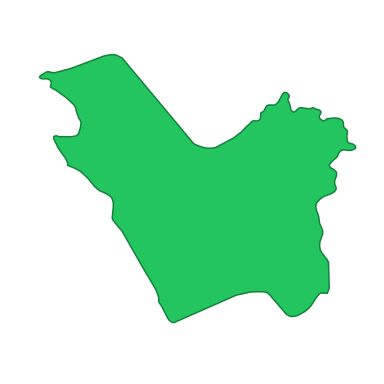 the border of Saïda, rotated 94°
{"feature_id": "DZA-2204", "entity_name": "Saïda", "entity_type": "Province", "adm_level": 1, "iso_a3": "DZA", "parent_name": "Algeria", "parent_adm1": "", "projection": "equal_earth", "projection_center": [-0.019, 34.538], "detail": "fine", "context": "isolated", "style": "filled", "palette": "green", "viewbox_px": 384, "rotation_deg": 94, "n_neighbors": 0, "source": "natural_earth", "source_scale": "10m", "svg_char_len": 3140}
<svg xmlns="http://www.w3.org/2000/svg" viewBox="0 0 384 384"><g transform="rotate(94 192 192)"><path d="M304.4,217.3L299.0,218.0L292.5,220.9L278.5,230.4L277.7,231.2L235.3,259.5L233.7,261.4L225.7,268.8L223.6,269.8L212.0,269.5L208.2,269.8L204.8,270.9L203.2,272.0L202.1,273.0L201.7,273.9L200.2,276.3L198.4,280.5L197.6,283.1L197.1,284.3L195.8,286.5L192.9,290.0L185.7,296.7L180.2,303.4L178.4,306.4L176.4,310.8L174.2,317.8L170.9,318.4L166.7,321.0L157.5,328.5L148.9,333.5L147.8,333.9L146.7,333.8L145.8,333.1L145.5,331.6L145.4,330.8L145.5,330.3L145.7,329.9L146.1,328.2L146.1,326.9L145.7,324.2L145.4,316.7L144.1,311.6L143.1,310.3L141.6,309.2L135.6,307.8L130.8,307.5L129.6,307.8L128.5,308.4L126.8,309.8L120.2,312.8L116.5,313.9L114.6,314.9L113.8,315.5L112.9,316.3L106.7,324.0L99.9,334.9L98.2,338.8L97.6,339.9L96.8,340.5L95.5,340.5L93.9,340.0L92.6,340.1L91.5,340.5L90.0,341.8L89.7,342.4L89.4,343.4L89.3,344.5L89.3,345.5L89.5,347.7L89.6,349.1L89.4,350.4L88.9,351.5L88.2,352.2L87.2,351.8L86.1,350.8L82.7,346.1L82.0,344.1L82.3,341.6L82.7,340.0L82.4,336.7L77.2,321.5L62.5,289.4L61.3,285.4L60.4,280.4L60.7,277.2L63.1,271.1L143.5,193.8L144.2,192.5L145.6,188.5L146.7,184.0L147.2,180.5L147.2,178.9L146.8,174.6L146.5,173.3L145.6,171.0L135.3,154.5L128.9,147.2L122.3,141.7L120.7,139.8L119.8,139.0L118.7,138.4L117.6,137.4L116.7,135.9L116.6,132.9L116.3,131.1L115.6,129.9L114.6,129.2L113.5,128.9L110.8,128.8L109.6,128.9L108.6,128.9L107.9,128.4L107.4,127.5L106.9,126.7L106.5,126.2L105.6,125.7L101.8,124.1L100.7,123.3L100.0,122.1L99.7,120.1L99.6,116.7L99.3,115.4L98.6,114.4L96.8,112.7L95.8,112.0L88.2,108.6L87.0,107.8L86.2,106.4L86.2,105.2L86.7,104.0L87.4,103.0L88.3,102.2L89.3,101.7L90.4,101.7L92.4,102.7L93.3,102.8L97.5,100.7L102.3,99.3L103.5,98.6L104.7,97.5L105.0,96.3L104.8,95.2L104.1,94.2L103.2,93.4L101.2,91.8L100.5,90.4L100.3,88.1L100.8,81.3L100.5,79.5L99.9,78.5L99.5,77.5L99.8,76.1L100.7,74.3L101.0,71.7L101.7,70.2L102.5,69.2L103.6,68.9L104.9,69.2L107.1,70.2L108.3,70.3L109.4,69.8L110.5,68.8L111.7,66.9L111.9,65.4L111.3,64.3L109.6,62.4L109.2,60.8L108.4,56.2L108.2,54.2L108.4,50.8L109.0,49.0L109.7,47.6L110.5,46.8L111.5,46.1L112.6,45.8L115.4,45.5L116.5,45.1L117.4,44.3L118.9,42.4L119.8,41.6L120.9,41.1L122.2,41.1L125.5,41.5L131.2,40.3L131.9,39.4L132.4,38.2L132.6,36.6L133.0,34.8L134.3,32.6L135.8,31.8L136.9,32.0L137.8,32.9L138.4,33.9L139.3,36.3L139.5,37.7L139.6,39.1L139.4,42.3L139.5,43.8L139.8,45.3L140.9,46.7L143.1,48.4L146.0,49.2L147.5,50.2L150.8,53.6L154.7,56.6L156.7,56.7L158.1,55.5L159.9,51.6L162.3,49.2L165.7,49.0L171.1,50.5L174.4,50.1L176.9,48.8L179.1,48.4L181.6,49.8L183.9,52.8L187.2,60.0L189.5,63.2L194.2,67.0L198.0,67.5L201.8,66.5L205.1,64.9L208.2,63.8L214.3,62.5L221.5,58.9L224.7,58.7L232.7,60.9L236.6,61.0L240.9,60.0L244.2,57.8L249.7,52.8L252.6,50.9L278.3,48.4L283.6,50.0L283.7,55.5L283.9,56.2L284.3,57.2L284.9,58.1L289.6,61.2L296.3,64.8L300.2,67.7L303.3,71.0L307.2,76.9L308.6,80.0L309.3,83.8L308.9,86.3L307.2,89.6L289.4,107.1L287.1,110.0L286.6,113.5L286.8,119.0L287.8,127.0L291.8,140.6L323.5,200.8L323.6,201.4L323.5,202.1L323.1,203.5L321.9,205.4L319.9,207.2L308.0,214.4L304.4,217.3Z" fill="#22c55e" stroke="#15803d" stroke-width="1.5"/></g></svg>